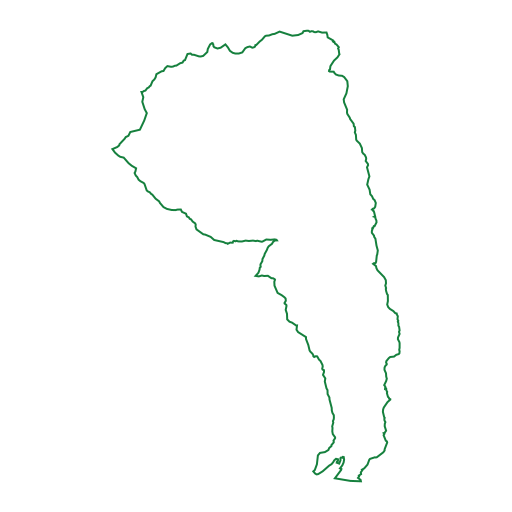 Leresti, Arges, Romania (Robinson projection)
{"feature_id": "2599482B20618931302100", "entity_name": "Leresti", "entity_type": "district", "adm_level": 2, "iso_a3": "ROU", "parent_name": "Romania", "parent_adm1": "Arges", "projection": "robinson", "projection_center": [25.045, 45.399], "detail": "fine", "context": "isolated", "style": "outline", "palette": "green", "viewbox_px": 512, "rotation_deg": 0, "n_neighbors": 0, "source": "geoboundaries", "source_scale": "gbopen_adm2", "svg_char_len": 6015}
<svg xmlns="http://www.w3.org/2000/svg" viewBox="0 0 512 512"><path d="M255.6,275.9L258.8,276.4L261.9,275.5L264.1,276.0L267.9,275.8L271.4,278.2L273.1,278.3L274.7,279.2L275.0,279.7L274.3,281.8L274.5,285.7L277.6,292.9L281.7,295.2L284.5,297.3L285.6,298.5L285.8,300.8L284.5,303.0L284.6,303.5L286.3,304.9L286.5,305.9L285.7,309.9L287.0,313.8L287.2,319.4L289.5,321.7L292.0,322.6L296.3,325.6L297.0,325.5L296.5,329.7L298.1,332.1L306.0,337.1L306.0,339.0L308.3,345.0L309.6,350.5L310.3,351.6L312.5,353.8L313.5,355.8L313.4,356.3L314.2,357.0L315.9,356.2L317.2,356.4L319.0,359.6L320.5,361.0L322.5,365.0L322.7,366.6L322.2,368.8L322.7,369.7L323.9,370.1L324.0,370.6L324.0,372.0L323.0,374.9L325.3,378.4L324.8,381.5L326.5,388.4L327.5,390.1L327.6,394.1L329.4,397.5L329.5,399.5L331.7,407.9L331.8,410.4L332.4,412.8L333.8,415.2L333.9,417.8L333.7,419.4L332.9,421.1L333.3,422.6L332.2,426.4L332.5,427.9L332.3,431.4L332.8,434.1L335.1,437.3L335.1,438.2L333.5,440.6L333.8,442.1L333.5,442.7L331.5,445.0L331.4,446.1L329.2,448.0L328.4,450.0L324.9,452.1L320.0,452.9L317.9,455.4L316.9,464.3L314.8,470.0L313.3,471.4L315.2,473.6L316.6,474.4L318.2,474.1L322.7,471.3L329.2,465.6L331.5,464.2L333.2,462.2L334.2,460.4L336.0,458.8L338.0,459.3L337.9,460.6L337.4,461.1L337.7,461.2L336.8,462.7L339.2,463.6L340.5,460.3L340.4,458.2L341.1,457.5L342.7,457.8L342.9,456.9L343.4,456.9L343.6,456.3L344.1,459.6L343.6,462.5L342.3,465.4L340.0,468.4L341.4,469.0L341.1,470.0L334.9,478.3L350.4,480.9L360.9,481.3L360.6,479.9L358.0,477.9L359.1,476.5L358.8,475.6L361.1,474.1L360.8,472.4L362.5,470.0L362.1,469.6L364.2,468.4L367.5,464.6L369.3,459.7L370.0,458.9L374.9,457.3L375.8,457.5L376.9,457.2L383.3,452.3L384.6,450.5L384.6,449.3L387.2,442.5L386.9,441.4L385.8,440.7L383.6,435.2L384.4,433.9L383.7,433.1L384.7,432.7L386.1,430.7L384.7,426.2L384.8,423.8L385.4,422.1L384.5,420.5L384.3,418.8L384.7,417.9L384.1,416.9L382.9,411.9L383.1,409.5L383.8,407.5L387.5,402.1L390.3,399.6L390.3,399.2L389.2,398.7L388.8,397.6L388.0,396.9L386.9,393.1L387.2,391.9L386.3,390.3L386.2,388.6L385.9,388.2L385.1,388.6L385.3,386.6L384.2,385.1L386.1,381.2L386.8,378.7L386.2,376.5L386.0,373.3L384.5,369.9L384.5,368.7L384.6,367.4L385.4,365.8L386.7,364.5L386.7,363.7L386.1,362.7L386.3,361.2L388.8,358.1L390.2,357.0L394.0,356.6L396.3,354.8L398.7,354.1L399.4,353.3L399.6,351.2L399.2,349.9L399.6,347.9L399.6,343.3L399.4,342.1L397.9,339.2L398.0,337.5L399.6,333.9L399.0,331.9L399.6,330.4L399.1,326.8L398.4,325.7L398.4,323.1L397.8,321.7L398.3,320.9L397.5,319.2L397.8,316.2L396.7,314.2L396.7,313.5L395.2,313.1L393.4,311.1L389.9,308.9L388.2,307.1L387.2,304.5L387.9,301.1L387.8,295.0L387.0,293.9L386.1,290.9L385.8,288.9L386.1,288.1L385.3,285.6L386.0,283.3L385.8,280.2L384.1,277.1L377.5,270.3L376.4,268.1L376.0,266.1L373.1,263.8L373.9,263.2L375.5,263.1L376.1,261.9L376.8,255.4L377.2,254.6L377.8,250.5L376.5,245.6L375.4,238.7L374.2,236.9L374.0,235.6L371.9,232.9L371.8,232.0L372.0,230.2L372.4,229.7L372.2,228.8L372.7,228.4L372.6,227.8L373.2,227.7L373.8,226.1L374.6,226.1L376.5,222.4L376.4,220.6L375.5,218.5L375.3,217.1L374.2,216.7L375.1,216.2L374.1,212.1L373.6,211.0L373.3,211.0L372.7,209.9L372.0,209.6L372.7,208.8L374.1,208.4L375.2,206.8L375.8,203.0L374.6,200.1L373.2,198.9L372.0,196.2L370.3,194.3L369.6,189.7L367.2,184.6L368.4,179.2L369.4,176.4L367.0,167.3L368.1,165.1L367.9,163.9L365.7,161.0L366.2,158.8L366.0,157.4L364.7,154.8L363.2,153.6L362.2,152.1L361.9,148.1L361.4,147.0L359.8,143.6L356.8,140.7L356.2,139.7L355.9,134.9L354.8,132.3L355.3,130.7L354.9,127.1L353.9,126.3L353.6,123.7L350.2,119.1L349.7,117.6L347.3,113.9L347.0,112.5L347.1,109.7L344.1,102.4L343.7,99.3L346.4,93.4L347.8,86.2L347.3,81.2L344.2,77.1L342.1,75.8L338.7,75.5L335.9,74.5L334.3,72.8L333.7,71.7L329.8,71.6L329.0,71.1L329.2,70.0L330.0,69.3L330.4,66.2L331.0,65.2L334.0,60.6L337.5,57.3L339.5,54.2L339.2,53.6L338.7,49.7L338.1,48.5L338.8,47.2L336.5,44.5L335.0,43.6L334.4,41.9L333.5,42.0L333.0,41.5L333.5,41.0L333.2,40.5L327.7,37.4L327.3,34.8L326.5,32.5L322.1,32.6L318.1,31.4L315.9,32.2L314.2,32.1L313.2,31.4L311.5,31.2L309.9,31.8L308.6,30.8L307.1,30.7L303.5,31.2L302.5,33.1L298.2,35.0L292.3,35.7L279.6,31.6L274.6,33.9L272.4,34.2L269.0,35.5L266.1,35.7L264.9,36.3L261.9,39.8L259.7,41.5L256.3,45.0L255.4,45.1L255.1,46.5L253.9,47.3L252.3,47.7L249.9,46.5L247.4,47.1L245.3,48.2L242.3,52.4L238.9,53.5L235.2,53.5L232.7,52.8L229.9,50.8L227.9,47.4L225.4,44.4L220.7,47.7L217.5,48.5L214.3,47.3L213.5,46.3L213.2,44.2L212.6,43.8L212.5,43.1L212.0,43.1L210.1,44.5L207.8,49.0L207.3,52.0L203.2,55.9L200.7,56.5L199.0,56.4L194.1,54.8L191.9,54.7L190.6,53.5L187.5,54.0L185.0,60.1L183.7,60.6L182.5,62.6L180.2,63.2L176.4,65.6L175.0,65.7L172.9,66.6L171.1,66.8L167.4,66.1L165.2,68.1L163.5,71.0L161.6,71.3L156.4,74.2L155.6,77.4L154.3,79.5L152.5,81.2L150.6,85.7L149.7,86.2L148.7,87.5L147.2,88.2L145.4,90.6L143.9,91.0L142.5,92.0L141.5,92.0L143.3,97.2L142.3,101.8L144.7,109.2L146.8,113.1L144.2,120.6L139.9,129.7L130.3,132.0L128.4,135.8L125.7,137.1L124.7,138.7L119.5,144.2L119.2,145.4L117.3,147.0L112.4,149.1L115.0,152.6L118.2,155.5L120.2,156.8L123.7,157.6L128.6,163.2L131.8,165.8L136.1,168.3L135.4,171.5L134.6,173.0L135.8,175.6L137.2,177.0L138.6,179.7L140.4,181.2L143.7,183.0L144.5,184.0L146.7,190.4L147.8,191.4L149.8,192.3L151.1,193.9L152.3,194.6L155.6,198.7L159.2,201.4L159.9,202.9L163.5,207.1L166.9,208.9L171.7,210.0L175.7,210.1L177.3,209.6L180.8,209.5L182.0,211.9L186.0,213.7L186.9,216.4L188.9,217.4L189.7,218.8L191.0,219.3L192.7,221.6L195.2,223.4L195.7,224.6L195.5,226.6L196.5,229.4L203.3,234.3L205.2,234.6L210.7,236.9L214.2,240.0L223.6,242.1L225.5,243.1L227.8,243.4L227.9,243.7L230.1,242.6L232.7,242.7L233.1,241.4L233.9,240.9L235.6,241.3L236.5,240.8L238.2,241.4L241.9,241.5L245.6,240.6L248.9,241.0L253.0,240.6L255.9,241.1L257.2,240.7L261.5,241.7L262.4,241.6L266.3,239.5L270.6,239.8L274.7,239.4L276.5,239.8L276.9,240.4L274.8,240.5L273.0,242.0L272.0,243.8L268.7,246.3L267.7,247.8L266.9,249.9L264.7,253.9L264.3,255.6L262.5,259.0L262.3,261.2L260.6,264.1L260.4,265.0L260.7,266.8L259.8,267.7L259.5,269.8L258.4,272.8L255.6,275.9Z" fill="none" stroke="#15803d" stroke-width="2"/></svg>